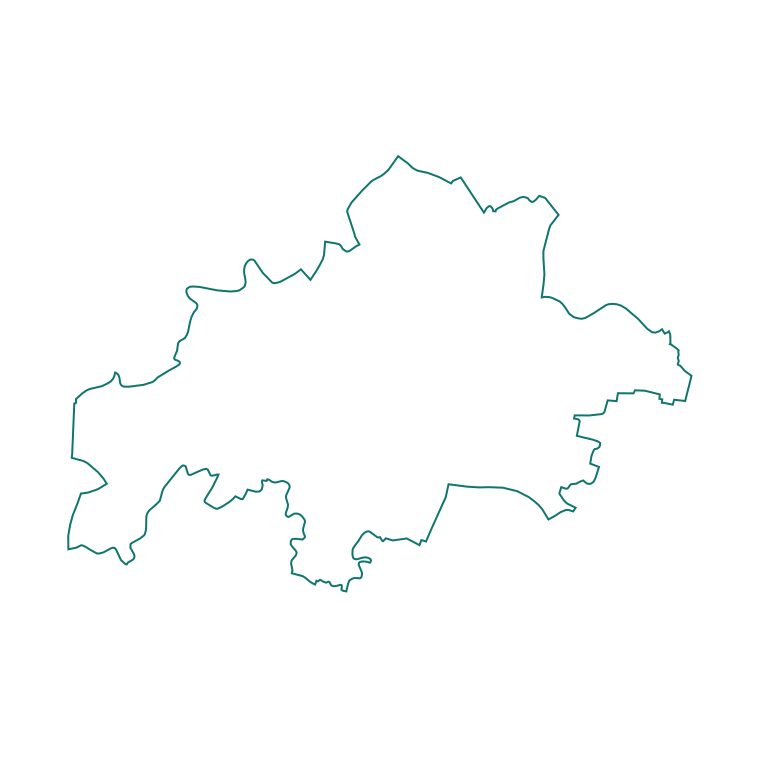 outline of Hai Duong, Hải Dương, Vietnam, rotated 191°
{"feature_id": "81297802B68427461655945", "entity_name": "Hai Duong", "entity_type": "district", "adm_level": 2, "iso_a3": "VNM", "parent_name": "Vietnam", "parent_adm1": "Hải Dương", "projection": "mercator", "projection_center": [106.339, 20.94], "detail": "fine", "context": "isolated", "style": "outline", "palette": "teal", "viewbox_px": 768, "rotation_deg": 191, "n_neighbors": 0, "source": "geoboundaries", "source_scale": "gbopen_adm2", "svg_char_len": 6157}
<svg xmlns="http://www.w3.org/2000/svg" viewBox="0 0 768 768"><g transform="rotate(191 384 384)"><path d="M121.5,490.8L124.2,488.1L127.5,486.2L130.7,486.0L136.1,488.4L147.0,496.4L161.0,504.3L166.1,506.1L170.3,506.7L174.9,506.3L178.4,505.3L181.0,503.9L191.6,493.6L198.8,487.4L202.1,485.8L205.1,485.5L210.4,485.8L215.6,488.3L221.6,494.5L224.7,497.1L227.5,498.6L235.7,500.7L238.0,500.8L242.2,500.4L245.7,499.1L246.4,512.0L247.4,522.0L251.6,538.2L252.9,545.1L251.5,567.9L250.9,571.5L244.9,583.3L261.3,597.4L267.5,598.3L270.1,593.8L272.2,591.4L273.8,590.9L276.4,592.1L278.1,593.7L279.9,594.2L283.3,594.2L286.3,592.7L291.6,588.2L296.3,585.8L306.3,577.6L307.4,576.3L307.4,574.8L309.7,574.4L310.7,576.6L311.9,577.8L313.6,578.9L314.7,578.6L316.6,576.6L318.6,571.3L348.1,601.4L355.2,596.4L356.4,593.7L369.3,597.6L381.2,599.6L391.5,599.8L394.9,600.7L397.8,601.9L402.6,605.1L413.6,610.3L420.6,594.9L423.9,590.5L426.9,587.3L432.5,583.0L435.1,580.5L442.1,570.1L450.5,556.0L453.1,548.3L453.0,546.0L441.3,525.1L440.8,523.4L434.7,516.2L438.1,513.4L442.9,508.4L444.5,507.2L445.9,506.9L447.8,507.5L450.3,508.7L452.7,511.4L454.5,512.6L458.6,512.8L468.9,512.5L467.5,499.1L467.9,494.9L470.0,487.7L471.9,482.3L476.1,472.2L487.4,480.7L492.4,475.2L505.2,464.6L508.2,463.0L511.4,461.9L513.2,462.3L523.9,469.7L534.7,480.4L536.3,481.0L537.8,481.0L539.2,480.5L540.7,479.1L542.4,476.0L543.2,473.0L543.1,469.4L542.5,466.4L539.9,459.8L539.2,457.2L539.2,455.7L539.5,453.2L540.9,451.3L543.8,448.4L546.5,447.1L552.4,445.5L565.7,444.1L583.9,444.1L590.4,443.2L592.5,442.6L594.2,441.4L595.6,439.9L595.9,438.3L595.5,436.5L593.5,433.2L590.8,430.8L583.6,427.5L582.4,426.2L582.0,424.7L582.2,422.0L584.3,418.2L585.8,412.9L586.2,408.3L586.3,397.9L586.8,394.9L588.2,391.1L593.1,386.8L593.9,384.5L593.5,377.3L595.0,369.8L594.8,369.1L594.0,368.1L590.4,367.4L588.9,366.8L588.3,365.5L588.6,364.2L591.2,361.6L598.0,355.9L607.4,347.3L609.4,344.2L611.4,341.9L619.9,337.3L633.8,332.7L638.9,331.8L641.0,332.3L642.2,333.2L643.1,334.5L645.0,339.8L646.2,341.9L647.7,343.2L650.1,343.9L650.3,339.8L651.0,337.4L652.7,334.4L655.6,331.7L660.4,328.1L672.0,322.9L674.9,320.8L678.3,317.3L683.5,310.4L682.7,307.2L682.9,306.4L684.3,305.8L676.7,255.6L676.4,251.9L664.6,251.1L659.9,249.7L648.1,243.0L641.5,237.8L637.1,233.2L643.8,227.0L646.2,225.3L653.7,221.0L660.6,218.6L662.1,208.2L664.5,195.6L665.2,185.9L665.0,174.6L662.3,161.5L654.7,164.7L650.5,167.9L648.7,168.0L645.2,167.0L641.3,165.4L633.3,162.8L630.4,163.6L627.1,165.3L621.6,169.9L619.0,171.6L617.0,171.6L615.4,170.3L608.6,161.0L605.0,158.7L602.9,157.7L602.2,157.7L601.2,160.0L597.0,163.6L596.2,165.0L596.0,166.7L596.2,167.8L596.9,169.2L601.3,174.4L601.9,175.5L602.2,178.6L601.2,179.8L593.9,185.9L590.8,189.5L590.1,191.0L589.8,195.9L592.0,208.5L591.8,211.2L591.1,213.4L590.1,215.4L584.7,222.2L581.8,226.6L581.1,235.9L580.7,238.6L580.0,240.7L568.6,262.3L567.1,264.5L566.0,265.5L565.1,265.8L563.3,265.5L562.6,264.7L559.7,259.0L558.8,257.9L558.0,257.6L556.4,257.9L547.5,264.1L544.9,265.8L542.5,266.7L540.7,266.4L537.0,261.5L536.0,261.1L534.4,261.4L530.6,263.3L529.2,263.5L530.3,258.6L533.0,249.0L537.0,238.7L537.9,235.9L537.9,235.1L537.4,234.0L535.7,233.1L528.2,230.3L525.4,229.6L524.0,229.6L519.7,232.5L513.4,238.6L510.6,242.0L508.4,245.4L502.7,243.8L500.7,244.1L498.7,249.9L497.8,254.3L489.5,253.8L486.1,254.6L484.7,255.8L484.0,257.0L483.7,260.6L484.0,262.0L485.1,264.3L485.2,265.6L485.0,266.2L480.7,266.5L480.3,268.2L478.4,268.0L475.4,266.7L473.2,266.4L471.5,266.7L465.8,269.3L464.2,269.5L461.1,269.0L459.3,268.2L457.9,267.2L457.0,265.2L457.0,263.8L458.8,255.9L458.7,254.5L458.1,252.8L455.1,247.1L455.0,243.7L455.8,238.8L455.4,236.7L454.5,235.8L452.7,235.2L451.8,235.7L447.4,239.6L444.8,240.2L442.7,240.1L441.4,239.7L439.3,238.6L436.2,235.7L435.6,234.8L435.3,233.2L435.8,226.5L435.6,225.4L435.2,223.8L434.2,221.8L432.9,220.0L432.5,219.0L432.5,218.1L434.4,215.7L440.0,215.4L443.4,214.7L444.6,214.0L445.5,212.1L445.0,208.8L443.4,207.2L438.7,203.4L437.8,202.2L437.5,201.2L437.9,198.8L440.9,193.4L441.1,192.6L440.9,189.9L438.3,183.6L438.4,180.6L427.3,179.9L423.7,178.5L420.1,176.4L416.4,174.8L413.4,174.0L412.7,178.0L411.2,177.7L409.5,179.5L408.5,179.4L406.2,178.5L403.9,178.0L402.5,178.1L401.5,179.0L400.4,179.4L399.9,179.3L397.5,176.4L395.4,175.8L393.9,176.1L391.8,176.9L388.5,178.5L387.7,178.5L387.1,178.3L386.8,177.6L386.5,173.9L384.8,173.2L381.4,173.2L381.2,181.1L380.3,184.8L377.3,187.3L375.6,188.0L370.5,188.7L369.6,189.6L369.3,190.4L369.3,193.6L370.0,195.2L374.3,201.6L374.5,203.5L373.9,204.5L371.8,205.6L368.0,206.2L363.7,205.9L363.2,207.0L363.1,208.3L363.5,209.1L364.2,209.6L366.3,210.3L368.4,210.4L369.8,210.1L372.0,209.4L376.8,206.9L378.1,206.6L380.1,206.7L381.0,207.5L381.8,208.8L382.4,210.4L383.2,215.1L383.0,216.7L382.0,219.4L379.5,224.2L376.8,231.2L375.3,233.6L373.6,235.3L371.7,236.3L369.9,236.4L361.8,232.5L360.5,232.2L358.7,232.9L356.3,230.2L355.4,229.5L354.9,229.5L352.7,232.9L346.0,232.1L344.0,232.6L332.3,236.7L318.4,232.6L317.5,237.9L312.7,237.4L310.1,249.5L301.8,284.7L301.5,297.9L282.6,299.1L270.6,300.7L261.0,302.8L247.4,304.9L232.7,304.2L220.3,300.6L214.7,297.9L209.3,294.8L204.7,291.2L196.7,282.4L190.4,287.7L186.3,291.8L182.2,294.6L180.7,295.3L178.3,295.5L174.0,295.0L172.3,299.1L181.1,301.5L182.6,302.3L185.0,303.9L190.3,309.2L191.0,310.1L190.3,316.6L186.2,316.0L185.1,316.0L183.9,316.5L183.2,317.5L182.3,319.8L181.1,321.4L176.3,322.8L172.5,325.9L170.1,327.3L166.0,325.1L163.4,325.0L161.3,326.1L159.6,328.1L158.5,331.9L157.1,343.6L166.4,345.2L166.6,352.7L165.9,357.2L165.2,359.7L164.6,360.4L162.3,361.3L160.6,363.2L160.3,364.9L160.5,367.3L163.3,368.5L168.5,369.2L184.8,369.9L184.8,384.7L185.3,385.6L186.8,386.4L190.9,386.4L190.8,389.6L176.4,392.3L165.5,395.7L163.6,396.6L162.3,398.4L161.3,410.6L152.4,411.6L152.6,419.6L137.3,422.4L136.4,425.7L126.6,427.2L111.3,426.4L110.8,422.0L107.9,422.0L107.7,418.6L105.0,418.9L96.6,418.8L96.2,423.9L85.1,424.8L83.7,450.7L91.2,454.2L96.5,458.4L98.9,458.9L99.4,459.4L99.0,462.7L100.6,465.6L100.3,469.2L101.3,471.6L101.2,473.3L103.0,474.4L109.8,477.6L111.0,477.6L110.7,479.1L112.1,485.7L112.6,487.5L114.4,490.1L115.1,489.1L118.1,487.0L121.5,490.8Z" fill="none" stroke="#0f766e" stroke-width="2"/></g></svg>